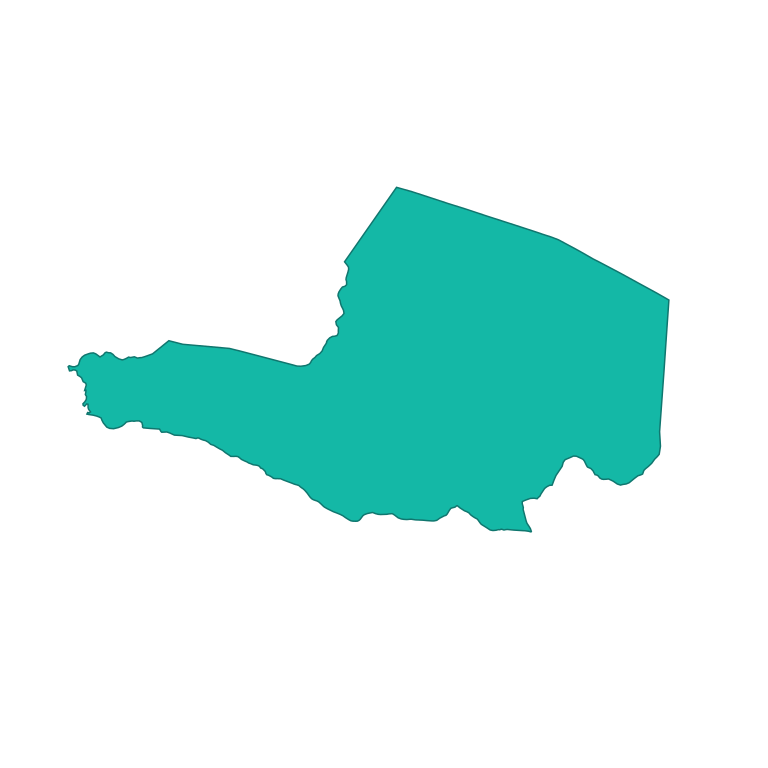 the district of Lafey, North-Eastern, Kenya, rotated 253°
{"feature_id": "3690345B88001194641971", "entity_name": "Lafey", "entity_type": "district", "adm_level": 2, "iso_a3": "KEN", "parent_name": "Kenya", "parent_adm1": "North-Eastern", "projection": "mercator", "projection_center": [41.132, 3.486], "detail": "fine", "context": "isolated", "style": "filled", "palette": "teal", "viewbox_px": 768, "rotation_deg": 253, "n_neighbors": 0, "source": "geoboundaries", "source_scale": "gbopen_adm2", "svg_char_len": 5587}
<svg xmlns="http://www.w3.org/2000/svg" viewBox="0 0 768 768"><g transform="rotate(253 384 384)"><path d="M568.4,453.5L512.4,382.0L508.8,383.4L506.3,384.2L504.2,383.8L501.8,382.4L498.7,380.3L496.8,379.0L495.0,378.2L493.1,378.2L489.9,377.3L488.9,375.3L488.9,372.6L487.6,370.6L485.2,367.8L483.5,366.5L481.8,365.8L479.0,366.0L476.5,366.3L473.9,366.0L471.2,366.0L469.1,366.4L466.4,366.8L463.2,366.4L461.4,363.8L459.2,358.2L457.8,356.2L454.6,355.8L451.3,357.0L448.7,356.0L446.0,355.2L444.1,353.3L444.1,350.9L444.6,348.6L444.0,345.6L442.3,342.5L440.8,341.2L440.2,341.2L436.7,336.9L433.7,334.5L431.9,331.6L430.9,327.8L429.6,325.8L428.6,323.1L427.5,321.5L426.1,320.2L424.9,318.5L424.5,314.7L425.3,309.7L426.6,306.0L428.9,302.4L447.4,272.5L458.5,254.5L458.9,253.8L459.3,253.1L463.2,246.6L480.8,203.2L488.3,190.9L480.5,171.5L480.2,165.6L480.1,163.0L480.1,160.0L480.6,158.1L480.8,155.9L481.9,154.6L483.0,153.2L483.4,149.4L484.4,147.6L483.8,145.0L483.5,142.5L483.6,140.7L485.6,137.7L488.9,134.7L491.5,133.5L493.7,131.7L494.5,129.6L495.6,127.9L495.5,126.6L495.3,126.2L493.9,124.1L492.9,120.3L494.7,119.0L497.1,117.2L498.7,115.2L499.3,112.3L499.3,109.9L499.1,106.2L498.1,103.3L496.2,100.6L494.0,99.1L492.2,97.9L491.2,96.6L490.9,93.3L491.7,91.0L493.5,88.3L492.9,87.0L488.5,87.1L488.1,89.1L488.4,90.8L487.6,92.7L486.3,94.0L484.3,93.8L482.1,93.6L480.0,95.5L478.3,96.6L476.1,96.8L474.2,97.0L472.0,99.0L470.1,99.0L465.3,95.8L465.1,97.1L463.5,96.5L461.2,95.3L459.0,95.9L456.3,94.8L454.4,92.6L453.1,90.3L451.6,90.1L450.3,91.1L451.1,92.6L451.9,93.8L451.2,95.0L449.2,94.5L447.9,94.1L446.2,94.1L444.7,94.6L443.1,95.2L442.6,93.8L443.4,92.3L442.1,91.1L441.1,92.8L439.2,96.8L437.3,99.9L435.6,102.1L434.1,103.6L432.2,103.6L428.9,104.2L426.4,105.2L423.8,106.3L421.8,108.6L420.3,112.3L420.0,117.2L420.4,121.0L421.4,123.6L422.3,125.4L422.6,125.9L422.9,126.3L422.9,128.0L422.3,132.2L421.5,134.0L421.1,136.4L420.3,139.1L418.5,140.8L417.9,141.2L414.6,141.0L414.2,140.7L413.3,140.5L412.8,140.8L412.4,141.1L409.8,147.5L406.5,156.2L404.2,156.7L403.6,156.9L402.9,157.3L402.5,158.8L401.6,162.3L399.7,164.9L396.4,168.6L395.4,171.3L393.7,175.9L390.4,181.5L388.1,185.9L386.8,188.2L386.9,190.0L386.7,190.5L386.4,191.1L384.7,192.8L383.3,194.7L382.5,196.0L382.2,196.6L381.7,197.1L379.8,198.9L376.9,200.7L375.8,202.3L375.5,202.7L375.2,203.2L372.6,205.5L369.9,208.0L367.8,210.2L364.6,212.3L361.5,214.9L359.6,216.3L358.8,218.7L358.1,221.4L357.2,223.2L355.4,224.5L353.6,225.6L351.0,228.4L349.6,230.1L348.0,231.5L346.7,233.3L345.0,235.3L343.6,238.4L342.4,240.3L341.1,241.0L340.5,241.3L339.8,241.4L338.6,242.9L337.9,243.4L335.0,244.9L333.2,244.9L331.6,245.3L330.4,247.0L328.6,248.8L328.0,249.3L327.3,249.9L326.3,250.5L326.0,250.9L325.8,251.3L325.3,252.3L324.8,254.0L324.6,254.7L324.3,255.4L323.9,256.7L323.7,257.3L323.3,257.8L321.4,260.0L315.5,267.7L315.0,268.2L314.6,268.8L313.7,270.1L313.3,270.8L312.8,271.5L312.0,272.7L311.5,273.1L310.3,273.8L308.9,274.8L307.3,276.1L305.6,277.1L302.2,278.6L297.8,280.1L297.3,280.3L296.7,280.6L295.4,281.3L294.0,282.6L292.5,284.6L292.1,285.3L291.5,285.9L290.5,287.0L289.9,287.4L287.9,288.6L284.6,290.4L283.9,290.9L283.2,291.5L281.2,293.4L278.4,296.4L276.7,298.2L274.7,300.8L272.2,303.9L270.0,306.2L267.6,308.0L266.2,309.2L264.5,310.7L262.9,312.3L262.0,314.0L261.0,316.9L260.6,318.6L260.9,320.3L261.2,320.9L261.5,321.6L264.2,325.3L264.8,327.0L265.0,330.2L264.5,335.4L264.1,336.0L262.5,338.0L261.1,340.3L260.2,342.5L258.6,348.5L258.3,350.9L257.6,354.0L255.7,355.7L251.9,358.4L249.9,361.0L248.8,363.3L247.7,366.2L247.1,369.1L246.9,369.9L246.6,370.8L244.9,374.3L242.5,381.1L240.8,385.2L238.9,390.2L238.4,392.1L238.2,394.6L239.4,398.2L240.0,401.5L240.2,402.4L240.3,403.3L240.3,404.9L240.7,405.6L241.1,406.3L244.1,409.6L245.1,410.9L245.6,411.7L245.6,412.9L245.6,413.7L245.5,414.9L245.5,415.5L245.5,416.0L246.3,417.9L246.2,418.5L243.1,420.6L239.8,423.4L239.3,423.8L238.8,424.4L237.9,425.6L236.6,426.9L236.2,427.3L235.8,427.6L234.2,428.3L233.6,428.6L233.1,428.9L231.5,430.1L229.8,431.5L229.2,432.1L228.6,432.7L227.7,433.6L227.1,433.9L226.6,434.1L223.9,435.0L222.2,435.6L221.6,435.9L220.9,436.4L216.9,439.9L213.4,442.8L212.4,444.6L212.1,445.2L211.9,445.9L211.4,448.3L211.3,450.5L211.2,451.1L210.9,451.6L210.8,452.2L210.8,453.0L210.9,453.6L210.5,454.4L209.3,456.0L209.2,457.1L209.2,457.6L208.9,459.3L206.4,465.3L203.2,473.8L202.7,475.2L202.5,475.8L201.0,479.0L199.6,481.3L199.9,481.8L203.0,481.7L206.0,480.9L209.0,480.0L211.7,479.9L223.6,480.4L225.0,481.1L227.2,481.2L229.0,481.2L231.0,481.8L231.2,482.4L231.3,482.9L231.6,485.7L231.8,490.5L230.9,494.2L229.8,496.3L229.5,497.0L230.4,498.4L231.1,500.2L233.0,502.0L237.1,507.0L238.1,509.5L238.7,512.6L238.1,515.2L242.3,518.4L246.2,521.7L253.2,530.3L256.7,532.5L258.7,535.1L259.2,540.1L259.7,544.1L258.7,546.9L254.9,551.2L253.6,552.4L251.7,553.1L247.7,553.7L245.7,554.1L245.2,554.3L244.8,554.6L242.7,557.1L239.9,558.5L237.2,559.0L236.4,559.2L235.6,559.3L234.8,560.8L234.3,561.2L233.8,561.8L231.0,562.9L229.4,564.4L228.6,566.1L228.0,568.5L227.5,571.0L225.9,572.8L224.0,574.8L220.2,577.8L218.2,580.6L218.1,583.1L217.6,586.4L217.9,589.6L220.5,595.9L222.0,600.0L222.0,602.4L222.1,603.9L222.2,604.4L222.3,605.0L224.9,606.9L225.4,607.3L226.5,609.3L227.7,612.3L228.3,613.6L229.9,616.8L233.0,620.9L234.6,624.0L236.3,626.6L243.7,630.2L257.8,633.6L313.1,655.0L358.6,672.4L381.0,681.0L391.1,671.5L405.6,657.3L420.8,642.5L437.1,626.1L442.5,620.5L453.9,609.8L470.8,593.1L475.5,587.1L481.3,578.8L482.3,577.5L493.3,561.9L504.4,546.0L513.8,532.5L515.7,529.8L527.2,513.6L538.1,497.7L549.4,481.7L559.7,467.0L568.4,453.5Z" fill="#14b8a6" stroke="#0f766e" stroke-width="1.5"/></g></svg>